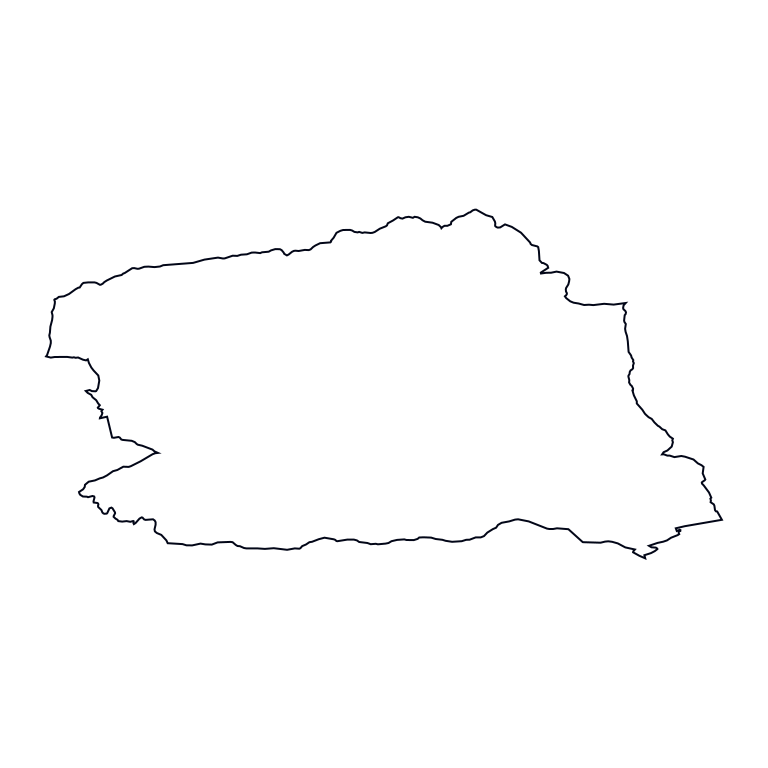 Cosminele, Prahova, Romania
{"feature_id": "2599482B41257383601072", "entity_name": "Cosminele", "entity_type": "district", "adm_level": 2, "iso_a3": "ROU", "parent_name": "Romania", "parent_adm1": "Prahova", "projection": "robinson", "projection_center": [25.876, 45.169], "detail": "fine", "context": "isolated", "style": "outline", "palette": "ink", "viewbox_px": 768, "rotation_deg": 0, "n_neighbors": 0, "source": "geoboundaries", "source_scale": "gbopen_adm2", "svg_char_len": 6043}
<svg xmlns="http://www.w3.org/2000/svg" viewBox="0 0 768 768"><path d="M452.1,541.8L461.7,541.2L466.2,539.8L469.6,539.7L475.7,537.4L480.7,537.4L484.0,536.1L487.3,532.6L492.9,529.1L496.1,527.7L498.0,524.9L501.6,522.8L509.2,521.4L515.1,519.6L518.1,519.3L528.7,521.4L547.0,528.6L549.3,529.0L553.1,529.0L557.0,528.3L568.4,529.2L582.7,542.1L583.4,542.2L600.6,542.7L605.1,541.6L608.3,541.3L612.1,541.8L617.8,543.4L625.3,547.4L634.9,549.5L633.3,551.3L633.1,552.3L639.4,555.8L645.2,558.3L644.4,555.2L651.0,553.1L654.8,551.1L657.4,549.1L657.3,548.6L655.8,547.6L651.5,547.3L649.0,545.8L657.6,542.9L663.2,541.7L667.0,540.4L671.1,537.7L677.7,535.1L679.2,534.1L678.7,533.1L678.7,532.1L679.3,531.3L680.3,531.0L680.4,530.1L679.6,529.8L676.8,531.0L675.8,528.3L684.8,526.2L721.9,519.8L717.2,511.5L715.9,511.3L715.0,510.1L714.4,505.8L713.8,504.4L710.6,502.2L710.9,500.5L710.4,498.6L711.3,497.7L709.0,492.5L703.8,485.5L702.0,483.6L701.8,482.5L702.1,482.1L704.7,480.3L705.3,479.5L702.7,473.4L703.6,466.9L701.5,465.2L697.9,463.4L693.5,459.5L685.0,456.7L681.3,456.0L674.4,457.1L669.7,455.6L667.3,455.6L663.8,454.3L662.1,454.4L663.6,452.2L667.4,450.5L671.7,446.6L672.9,442.2L672.3,440.3L672.9,438.7L669.8,436.6L667.9,434.4L665.4,430.4L662.2,429.2L659.4,426.6L657.9,425.8L654.4,422.4L651.7,418.9L648.6,417.2L646.2,415.0L644.9,413.7L642.3,409.7L636.8,403.5L636.8,401.3L633.9,395.4L632.5,390.7L632.9,390.7L633.1,388.6L631.7,385.9L630.4,384.8L629.1,382.5L629.3,380.1L628.4,376.6L628.5,375.6L629.5,374.1L629.8,371.8L630.6,370.4L632.3,369.3L633.1,368.1L633.0,365.6L633.8,363.1L633.0,361.4L633.3,360.1L631.6,357.5L631.1,355.5L628.6,351.9L627.8,341.3L627.0,336.0L625.6,331.8L625.1,328.8L625.8,324.0L624.4,321.9L624.1,320.6L624.7,315.2L625.6,314.1L626.0,312.3L625.3,310.9L623.5,309.3L623.1,308.0L623.6,305.3L625.7,303.0L613.7,304.6L604.1,303.8L593.3,305.1L589.0,304.7L584.1,305.0L578.6,303.5L573.6,302.7L570.2,301.3L566.2,298.1L564.9,296.3L566.2,295.2L566.9,293.9L566.8,293.0L566.0,291.5L565.8,289.3L566.1,288.0L568.3,284.5L569.1,281.4L569.4,279.0L568.1,275.7L564.0,273.0L556.5,271.6L551.2,272.7L546.0,272.8L541.0,273.5L540.8,272.6L548.2,267.8L547.6,265.8L546.7,264.8L543.5,263.1L541.9,262.9L539.5,260.3L538.9,251.0L538.2,247.1L537.3,246.4L531.9,245.0L530.6,243.9L530.1,242.5L521.0,232.7L511.8,226.9L505.0,224.4L500.2,227.4L497.8,227.6L496.5,227.1L495.3,226.2L495.1,225.3L495.3,223.3L494.9,221.5L492.3,217.0L486.1,215.2L476.3,209.7L474.8,209.7L472.7,210.4L470.2,212.3L468.9,212.6L463.6,215.8L458.6,216.8L456.3,217.9L451.3,221.8L450.9,224.3L447.4,225.8L444.5,225.8L442.5,227.0L441.4,228.2L441.0,227.2L438.7,225.0L432.5,222.7L425.2,221.7L422.6,220.3L420.4,218.5L417.8,217.3L414.6,216.8L412.9,217.8L408.8,216.8L405.4,217.3L402.5,218.6L400.5,218.2L398.6,217.2L397.8,217.3L393.0,220.5L387.8,223.3L387.0,225.4L385.8,226.3L379.8,228.7L374.7,232.0L372.5,232.8L370.7,233.0L364.7,232.4L362.3,232.9L359.1,231.9L357.7,232.4L354.4,231.9L352.1,230.5L350.0,229.9L343.1,230.0L340.4,230.8L336.5,232.8L333.6,237.8L331.0,240.8L331.1,241.6L330.3,242.4L320.1,243.2L315.4,245.5L313.1,247.0L310.6,249.4L308.8,250.1L304.8,249.9L298.7,251.0L295.4,250.7L293.9,250.9L292.0,251.8L288.7,254.5L286.9,255.4L284.2,253.8L283.7,252.6L281.6,250.1L279.9,249.2L275.3,249.1L271.0,250.4L268.7,251.7L262.0,252.3L260.2,253.1L254.9,252.5L251.7,252.6L246.9,254.3L241.0,254.7L237.3,255.9L232.7,255.7L224.7,258.4L223.0,258.5L218.0,257.6L204.5,259.6L193.1,262.9L163.2,265.2L160.0,266.5L154.5,267.1L148.4,266.6L144.3,266.8L139.0,268.7L137.4,268.8L134.3,268.1L132.2,268.2L124.6,273.1L123.3,273.5L121.6,275.0L114.9,276.5L106.8,280.5L104.3,282.1L102.7,283.7L100.8,284.7L99.9,284.8L96.5,282.9L94.5,282.4L88.2,282.4L83.4,282.9L81.9,284.2L79.7,287.5L78.3,287.7L75.6,289.2L69.0,294.0L64.0,296.3L58.8,296.9L56.6,298.7L54.7,299.3L54.3,299.9L54.9,301.6L54.8,303.5L53.8,308.4L51.7,312.1L52.5,315.2L52.5,316.9L52.1,320.1L50.4,326.6L49.9,332.8L49.3,335.3L49.6,337.2L50.8,340.7L50.8,343.1L50.0,346.6L47.1,355.0L46.1,356.4L50.8,357.6L54.7,357.0L67.0,356.9L72.3,357.6L73.9,357.3L75.6,357.8L78.1,357.5L83.0,359.7L86.1,360.4L87.8,359.3L88.9,362.9L91.3,367.5L93.6,370.5L98.3,375.5L99.3,380.6L98.0,388.1L96.2,391.0L95.5,391.3L91.9,391.1L89.7,390.0L85.8,391.0L87.7,392.9L91.2,394.8L92.6,397.3L96.2,400.2L98.2,403.5L99.8,405.2L97.8,407.7L98.0,408.1L99.1,408.8L102.5,409.7L101.4,411.2L102.4,413.0L101.6,415.4L100.0,417.6L99.9,418.3L107.1,416.7L112.1,437.5L113.9,437.8L118.5,437.0L119.8,437.6L121.3,439.5L122.6,439.9L131.7,440.8L134.8,442.1L136.7,444.0L137.8,444.7L142.2,445.7L152.5,449.6L154.5,451.4L157.9,452.9L155.3,453.2L152.6,454.2L140.6,461.3L130.8,466.2L128.7,466.9L123.3,466.7L117.3,470.0L113.0,471.2L107.0,475.4L103.0,477.5L99.7,478.4L95.0,480.4L88.7,481.7L85.0,484.8L84.7,487.0L83.1,489.3L79.0,492.0L79.4,493.5L80.2,494.8L82.9,496.5L87.0,496.7L88.0,497.2L92.5,496.0L94.2,496.5L94.5,497.5L93.5,501.4L93.7,502.5L97.3,503.0L98.1,503.5L98.4,504.5L98.0,505.9L98.2,507.0L101.4,510.0L102.4,512.5L103.5,513.5L104.5,513.8L106.7,513.6L107.3,513.0L109.4,508.4L111.4,507.6L112.5,508.3L115.0,512.4L115.1,513.3L113.7,516.0L113.6,516.8L115.5,518.6L117.5,519.8L118.3,521.1L122.2,521.6L126.6,521.1L130.3,521.8L133.2,521.0L133.7,521.3L133.4,523.0L133.9,524.1L135.6,523.0L139.5,518.6L141.6,517.4L142.5,517.6L144.1,519.4L145.5,519.9L153.0,519.3L154.7,520.5L155.6,522.2L155.6,524.7L154.5,529.4L154.9,531.4L156.8,533.0L161.3,534.9L166.4,540.4L167.7,543.2L182.5,544.1L186.4,545.3L192.2,545.4L200.5,543.6L205.4,544.4L211.8,544.6L217.6,542.4L230.5,541.9L232.6,542.2L235.7,544.9L237.5,546.0L239.9,546.2L244.0,548.0L246.4,548.4L257.4,548.4L264.9,548.9L273.8,548.2L287.1,549.8L294.8,548.4L299.3,548.7L300.4,548.2L302.2,546.1L306.0,544.5L309.4,542.2L312.0,541.8L318.8,539.2L324.5,537.7L333.8,539.3L335.3,539.9L336.4,541.0L337.4,541.2L347.3,539.6L353.9,539.6L356.9,540.4L359.2,542.0L367.4,543.0L370.7,544.2L375.8,543.8L377.9,544.3L385.6,543.6L388.5,543.0L391.5,541.2L397.1,539.9L404.3,539.4L406.5,540.0L413.8,540.1L417.6,538.9L419.2,537.5L423.6,537.3L431.1,537.6L435.7,539.0L442.4,539.8L445.6,540.8L452.1,541.8Z" fill="none" stroke="#020617" stroke-width="2"/></svg>